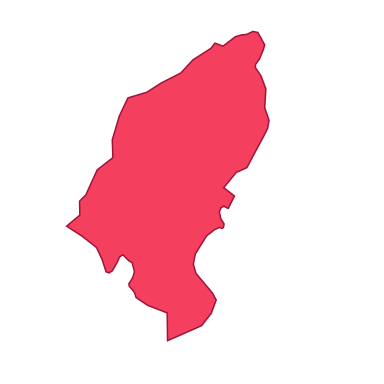 SVG path tracing the border of Kocenu, rotated 245°
{"feature_id": "LVA-5788", "entity_name": "Kocenu", "entity_type": "Municipality", "adm_level": 1, "iso_a3": "LVA", "parent_name": "Latvia", "parent_adm1": "", "projection": "orthographic", "projection_center": [25.157, 57.529], "detail": "fine", "context": "isolated", "style": "filled", "palette": "rose", "viewbox_px": 384, "rotation_deg": 245, "n_neighbors": 0, "source": "natural_earth", "source_scale": "10m", "svg_char_len": 1094}
<svg xmlns="http://www.w3.org/2000/svg" viewBox="0 0 384 384"><g transform="rotate(245 192 192)"><path d="M83.9,168.3L73.9,158.2L66.8,144.1L67.6,107.0L92.9,118.4L108.0,103.9L120.0,96.7L124.1,97.3L126.8,97.1L133.1,95.3L135.5,96.0L137.2,98.7L139.8,102.4L144.2,106.2L153.3,107.9L156.3,105.7L164.3,102.8L163.7,98.9L160.1,94.8L154.2,86.5L153.7,82.6L156.0,80.4L168.7,82.0L182.0,82.0L198.4,73.7L214.0,63.9L218.5,80.6L231.2,86.2L234.2,94.5L252.1,115.4L256.6,134.8L273.0,141.8L291.7,158.4L304.4,173.7L301.5,193.2L303.8,209.8L304.6,232.1L311.4,248.8L314.3,270.1L317.2,275.6L316.1,276.9L311.1,281.8L314.4,296.8L313.6,302.7L311.7,308.3L311.8,315.0L308.8,319.1L294.7,320.1L290.7,316.7L283.9,309.2L281.0,303.8L278.1,302.0L267.7,303.6L254.2,302.5L237.6,293.5L224.4,292.1L217.8,287.5L212.0,280.2L200.0,264.1L190.9,252.1L191.0,240.3L182.5,222.6L170.4,228.8L161.8,217.9L165.7,214.8L165.4,211.6L162.4,208.4L155.6,206.8L149.5,207.6L146.6,205.5L146.3,204.0L148.3,201.7L148.3,196.3L146.0,186.6L134.5,168.9L126.0,162.7L116.5,161.2L92.0,167.8L83.9,168.3Z" fill="#f43f5e" stroke="#9f1239" stroke-width="1.5"/></g></svg>